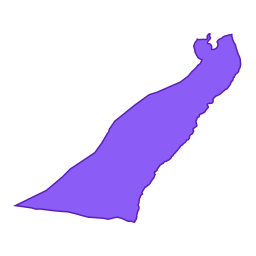 the district of East Ambae, Penama, Vanuatu
{"feature_id": "77236927B82748520253825", "entity_name": "East Ambae", "entity_type": "district", "adm_level": 2, "iso_a3": "VUT", "parent_name": "Vanuatu", "parent_adm1": "Penama", "projection": "mercator", "projection_center": [167.967, -15.324], "detail": "fine", "context": "isolated", "style": "filled", "palette": "violet", "viewbox_px": 256, "rotation_deg": 0, "n_neighbors": 0, "source": "geoboundaries", "source_scale": "gbopen_adm2", "svg_char_len": 5794}
<svg xmlns="http://www.w3.org/2000/svg" viewBox="0 0 256 256"><path d="M134.5,222.2L134.6,221.8L134.9,221.5L135.1,221.2L135.1,220.8L135.0,220.3L135.4,220.0L135.7,219.9L136.0,219.6L136.4,218.9L136.6,218.0L136.6,217.5L136.8,216.4L136.7,215.9L136.6,215.6L136.8,214.9L137.2,213.4L137.2,212.9L137.7,211.5L138.2,210.7L138.6,209.7L138.8,209.0L138.8,208.6L139.0,208.0L139.0,207.4L138.9,206.9L138.7,206.2L138.1,205.2L138.0,204.8L138.2,204.3L138.4,204.0L138.6,203.4L138.9,202.9L138.9,202.5L138.9,202.2L139.0,201.7L139.0,201.4L139.2,200.8L139.2,200.4L139.1,200.1L139.1,199.5L139.5,198.8L139.5,198.4L139.7,198.0L139.9,197.7L140.2,197.2L140.2,196.9L140.2,196.6L140.3,196.2L140.6,195.9L140.9,195.4L141.4,194.7L142.5,194.0L142.4,193.7L142.2,193.4L141.9,193.1L141.8,192.9L141.8,192.6L142.0,192.2L142.3,191.8L142.5,191.5L142.7,191.0L143.4,189.7L144.2,188.7L144.6,187.9L145.1,187.0L145.4,186.9L145.7,187.0L146.1,186.9L146.7,186.6L147.0,186.1L147.1,185.8L147.5,185.4L147.8,185.2L148.3,185.1L148.7,184.8L149.8,183.6L150.4,182.8L150.9,182.0L151.1,181.4L151.5,180.9L151.8,180.3L152.1,180.0L152.4,179.8L152.7,179.3L152.6,179.0L152.8,178.7L153.5,178.2L153.8,177.8L154.1,177.2L154.6,175.5L154.8,175.2L155.2,174.4L154.7,173.8L154.5,173.1L154.9,172.5L154.8,172.3L154.4,172.1L154.8,171.5L156.0,171.1L156.8,170.7L157.1,170.2L157.2,169.2L157.7,168.3L158.2,167.8L158.4,167.4L159.0,166.8L159.5,166.1L159.5,165.8L159.8,165.3L160.2,165.0L160.8,164.7L162.4,163.6L163.1,163.3L163.5,162.8L163.8,162.3L164.4,161.8L165.4,161.4L166.1,161.4L167.7,160.4L168.3,160.2L169.3,159.6L169.9,159.1L170.9,158.1L171.1,157.8L171.4,156.9L171.7,156.5L172.6,156.0L173.0,155.4L173.7,154.2L174.3,153.7L175.1,152.9L175.6,152.3L176.5,151.4L178.5,149.0L179.0,148.4L179.5,147.6L180.3,146.7L180.6,146.2L180.9,145.8L181.3,145.5L182.2,145.0L183.1,144.1L183.6,143.6L184.0,143.2L184.9,142.6L185.8,141.6L186.1,141.2L186.5,140.6L186.6,140.3L186.7,140.1L187.2,139.9L187.8,139.8L188.2,139.7L188.8,139.1L189.1,138.7L189.4,138.1L189.4,137.9L189.5,137.2L189.5,136.6L189.6,136.2L189.9,135.7L190.2,135.2L190.5,134.8L190.6,134.7L191.6,134.3L191.9,134.1L192.6,133.3L192.8,133.1L192.9,132.7L192.9,132.4L193.0,132.0L193.5,131.6L193.6,131.3L193.6,130.8L193.3,130.0L193.1,129.8L193.0,129.1L193.2,128.7L194.7,127.5L195.9,126.7L196.3,126.4L196.6,126.1L196.9,125.4L196.9,125.2L196.8,124.7L196.7,124.3L196.4,123.8L196.3,123.4L196.3,122.5L196.2,122.3L196.1,122.1L195.8,121.3L196.1,120.7L196.6,120.0L196.7,119.2L196.8,118.9L197.0,118.6L197.1,118.1L197.2,117.8L197.6,117.3L198.0,117.0L198.4,117.1L199.0,116.7L199.3,116.3L199.4,115.8L199.3,115.5L199.4,114.7L199.7,114.5L200.8,113.9L201.7,113.8L202.3,113.5L202.7,113.4L203.3,112.7L204.1,112.4L204.6,112.2L204.8,111.8L205.4,111.1L205.5,110.6L205.8,110.2L206.5,109.3L206.9,108.9L207.4,108.6L208.1,107.6L208.3,107.0L208.3,106.5L208.1,106.3L208.0,106.2L207.7,106.0L207.5,105.8L207.4,105.5L207.2,105.2L207.2,104.6L207.3,104.3L207.8,103.9L208.2,103.7L209.0,103.4L209.6,103.2L210.6,103.4L211.7,103.2L212.3,102.9L212.7,102.5L213.0,101.7L213.1,101.0L213.2,100.0L213.0,99.2L213.1,98.7L213.5,98.3L214.3,97.6L215.4,96.4L216.3,95.9L217.9,95.3L218.3,95.0L219.3,94.5L220.3,93.9L220.6,93.7L221.8,92.7L222.5,91.9L222.9,91.5L223.7,90.9L224.1,90.7L224.8,90.1L225.1,89.7L225.4,89.4L226.6,89.1L227.2,88.6L227.7,87.8L228.1,87.5L228.3,87.0L228.8,86.4L229.3,85.9L230.0,84.8L230.3,84.3L230.6,83.7L230.7,83.2L231.2,82.1L231.2,81.9L231.5,81.5L232.3,80.9L232.6,80.6L232.9,80.2L233.1,79.3L233.1,78.9L233.0,78.4L233.2,78.0L233.4,77.8L233.6,77.6L233.9,77.5L234.2,77.2L234.4,76.9L234.6,76.2L234.8,75.8L235.0,75.3L235.2,74.9L235.6,74.4L236.3,73.7L236.7,73.4L237.5,72.8L237.8,72.4L238.2,72.0L238.5,71.6L238.7,71.2L238.7,70.4L238.9,70.0L238.9,69.6L239.2,68.8L239.3,68.6L239.6,68.4L239.7,68.0L240.0,67.4L240.2,67.0L240.2,66.7L240.2,66.4L240.3,66.0L240.5,65.3L240.6,64.7L240.6,63.8L240.6,63.2L240.4,62.4L240.4,61.6L240.4,61.0L240.2,60.0L240.2,59.3L240.1,58.8L239.8,57.9L239.5,57.1L239.3,56.4L238.7,55.3L238.3,54.4L237.8,53.2L237.6,52.7L237.1,50.9L236.5,49.0L236.1,47.8L235.9,46.8L235.7,46.3L235.6,45.6L235.4,44.9L235.0,44.2L234.7,43.7L234.4,43.2L233.8,42.3L232.8,39.9L232.5,38.8L231.8,36.0L231.7,35.7L231.9,35.0L231.9,34.8L231.8,34.5L231.6,34.5L231.2,34.6L230.6,34.9L230.2,34.9L229.8,34.9L229.4,34.9L228.4,35.1L227.2,35.6L226.5,35.7L224.7,36.1L222.9,37.1L221.7,38.2L220.2,38.8L219.8,39.0L219.5,39.2L219.1,39.4L218.6,39.8L217.5,41.0L217.1,41.9L218.1,44.2L217.9,45.0L217.7,46.2L217.4,46.8L216.9,47.5L216.4,48.2L215.2,48.9L214.1,49.3L212.0,49.6L211.7,49.3L211.6,48.6L211.6,48.2L211.7,47.1L211.7,46.8L211.6,46.2L211.0,44.8L210.8,44.5L210.2,44.1L209.6,43.9L209.0,43.8L208.5,43.7L208.1,43.6L207.7,43.4L207.5,43.0L207.5,42.4L207.8,41.7L208.0,41.3L208.3,40.9L208.7,40.5L209.3,39.8L209.5,39.7L210.3,38.5L210.4,38.2L210.5,37.6L210.1,37.3L209.9,37.0L209.8,36.7L209.7,36.3L209.5,35.8L209.5,35.5L209.9,34.6L210.0,34.2L209.9,33.8L209.2,33.8L208.8,34.1L208.6,34.2L208.3,34.5L207.4,35.7L207.2,36.1L207.2,36.6L207.2,36.9L207.4,37.2L207.5,37.6L207.4,37.8L207.4,38.1L207.4,38.4L207.2,38.8L207.1,39.0L206.9,39.2L206.7,39.3L205.9,39.4L204.8,39.4L204.3,39.5L203.7,39.4L202.7,39.3L201.6,39.5L200.8,39.5L199.5,39.6L198.4,39.5L197.9,39.4L197.2,39.2L196.8,40.6L195.5,41.9L194.7,43.4L193.7,46.1L194.8,49.8L195.0,51.9L196.6,55.3L198.5,58.2L202.1,59.8L200.2,63.7L197.9,65.3L195.7,68.2L191.9,71.7L188.1,76.2L180.5,82.0L156.9,92.3L149.2,94.7L134.8,105.1L125.5,112.6L114.8,121.2L109.3,129.3L108.8,131.6L107.0,134.2L104.6,138.3L101.7,143.2L98.1,148.1L94.9,152.6L89.6,156.2L81.5,161.6L74.9,166.0L70.4,168.9L62.3,177.1L46.3,190.5L37.7,194.7L15.4,205.6L31.8,207.9L35.7,209.1L40.2,209.0L53.2,210.6L61.3,211.4L68.0,211.8L78.0,214.3L81.4,215.4L88.5,217.2L103.1,218.2L108.4,219.2L114.1,217.7L117.3,217.2L121.4,218.2L128.3,221.3L130.8,221.2L134.5,222.2Z" fill="#8b5cf6" stroke="#5b21b6" stroke-width="1.5"/></svg>